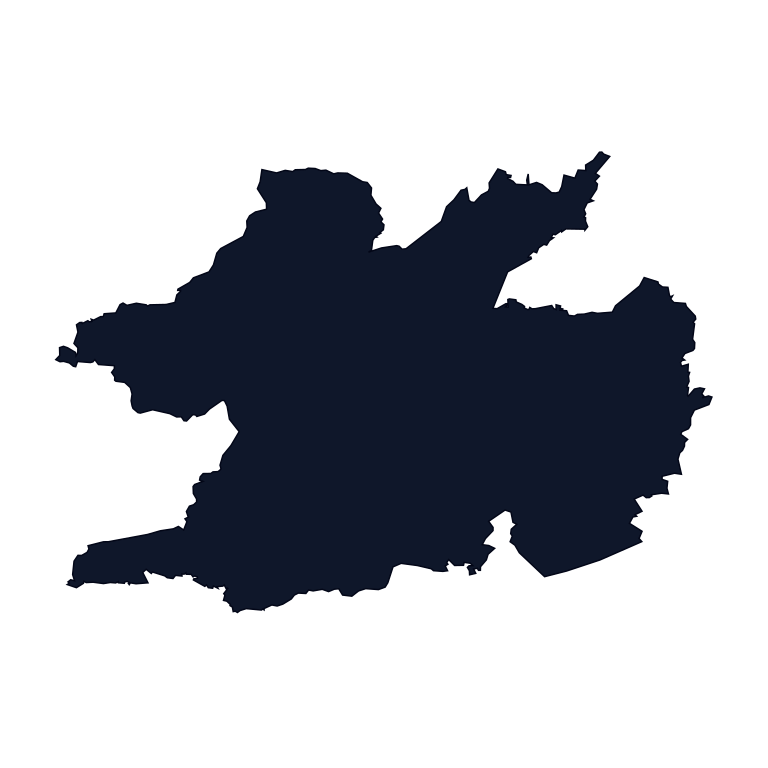 outline of Concepción de Buenos Aires, Jalisco, Mexico, rotated 87°
{"feature_id": "50627088B63447135743237", "entity_name": "Concepción de Buenos Aires", "entity_type": "district", "adm_level": 2, "iso_a3": "MEX", "parent_name": "Mexico", "parent_adm1": "Jalisco", "projection": "equal_earth", "projection_center": [-103.238, 19.979], "detail": "fine", "context": "isolated", "style": "filled", "palette": "ink", "viewbox_px": 768, "rotation_deg": 87, "n_neighbors": 0, "source": "geoboundaries", "source_scale": "gbopen_adm2", "svg_char_len": 6116}
<svg xmlns="http://www.w3.org/2000/svg" viewBox="0 0 768 768"><g transform="rotate(87 384 384)"><path d="M165.2,441.5L164.5,448.4L165.7,451.2L165.4,461.4L167.1,464.0L165.5,471.5L167.6,480.2L163.5,494.7L175.6,497.1L182.4,500.2L196.8,492.0L203.3,492.1L205.5,503.4L209.0,509.4L214.0,512.5L220.5,512.5L229.3,516.8L240.2,540.0L244.6,544.1L256.2,548.1L262.9,552.9L268.0,568.8L272.4,572.7L278.5,584.8L279.7,585.1L279.9,582.2L280.8,582.3L284.2,586.2L291.6,588.5L293.2,597.4L292.7,613.6L293.8,616.1L292.5,617.3L290.4,627.1L292.0,636.6L289.5,640.4L290.9,643.4L299.0,648.1L299.2,659.8L302.0,660.8L301.9,663.5L305.0,670.6L304.0,673.0L306.2,672.4L306.5,675.1L305.3,676.4L307.8,682.1L306.7,682.4L306.7,684.7L308.8,688.0L316.2,686.9L327.3,691.5L331.8,687.8L337.0,688.2L339.8,690.1L336.4,690.4L331.3,698.0L329.6,702.1L330.7,706.1L338.5,706.3L342.5,710.5L344.8,706.4L344.6,702.8L346.5,697.1L350.0,693.3L350.6,691.0L345.5,688.9L347.2,676.1L346.7,673.6L344.5,671.5L349.6,668.1L351.6,652.3L354.7,652.5L358.2,655.4L362.8,652.5L366.1,652.8L367.2,651.6L368.8,642.9L374.3,637.5L380.8,636.1L387.5,637.4L392.7,636.7L395.3,635.9L399.7,631.2L400.3,628.9L397.6,616.4L402.4,599.4L406.0,592.9L406.2,588.1L410.2,585.7L410.6,583.1L404.6,576.6L405.0,573.8L406.6,572.6L404.6,564.7L399.9,559.6L391.9,546.7L392.2,544.2L397.9,541.8L411.1,540.2L424.0,531.1L437.5,540.1L446.8,548.6L456.5,552.0L460.1,551.2L461.3,552.2L462.8,554.3L462.8,559.4L464.3,561.6L464.0,569.3L467.1,572.4L470.3,573.2L471.7,569.9L474.5,578.4L476.4,580.0L483.4,580.1L489.0,577.2L492.0,577.3L494.6,580.4L495.8,584.7L501.0,588.0L506.1,586.6L506.2,585.3L508.2,589.8L511.1,588.0L519.3,591.7L515.5,596.8L517.6,601.9L518.9,615.1L521.9,628.0L527.1,667.5L526.9,672.4L530.0,688.0L533.3,687.3L536.6,689.3L539.4,694.9L539.1,698.6L544.7,702.8L558.0,704.9L564.3,703.3L563.1,707.1L565.1,709.9L566.4,708.6L567.7,710.8L571.3,701.8L567.3,694.6L565.3,694.0L566.7,691.8L566.7,684.9L568.6,674.6L567.9,667.7L568.6,662.4L567.5,659.8L568.6,659.7L569.4,653.7L568.2,653.4L567.6,650.9L569.1,648.1L569.7,649.7L571.0,648.9L569.3,647.7L570.5,642.1L570.2,630.1L559.6,634.8L556.6,631.2L561.0,626.3L559.6,625.1L564.1,613.0L566.1,610.6L567.2,604.9L564.2,602.2L565.2,595.8L563.2,595.8L563.4,593.5L562.1,591.7L563.6,591.5L564.0,586.5L566.6,584.8L565.8,583.1L566.7,580.5L568.2,580.4L568.7,584.3L569.7,584.6L576.7,573.5L575.3,571.8L578.2,570.1L579.0,565.8L576.8,565.0L579.3,560.5L577.6,561.3L577.4,555.5L576.3,554.1L580.2,552.3L579.4,550.2L585.0,555.0L586.5,553.9L591.7,555.6L592.6,552.4L596.0,549.1L597.2,549.4L598.8,547.1L603.4,546.5L603.1,544.4L604.5,542.3L602.7,539.6L601.1,533.3L603.3,518.2L602.3,516.7L603.3,515.6L601.9,515.4L598.8,507.6L600.1,502.3L598.5,496.5L593.8,487.8L590.1,484.6L588.3,480.5L589.1,473.0L585.8,470.1L586.9,465.6L585.8,456.4L588.4,450.2L586.3,444.3L586.1,439.9L592.6,436.4L594.2,427.2L589.3,420.2L587.4,413.0L589.0,400.3L586.9,393.5L582.7,390.6L567.1,384.6L564.0,376.3L567.0,360.2L571.0,346.4L573.0,344.4L574.2,335.0L573.8,330.3L568.9,332.4L567.3,329.6L565.8,330.8L562.7,328.6L568.9,323.0L569.2,314.1L566.3,313.3L567.5,307.2L570.0,304.8L570.0,308.6L571.5,310.3L575.0,308.5L579.0,308.5L577.9,302.3L573.4,304.2L573.0,300.4L575.0,299.4L575.1,297.5L571.5,297.2L565.0,291.0L559.5,289.0L553.9,282.1L550.8,287.8L549.6,294.3L543.7,290.8L536.1,282.8L532.9,282.6L526.6,286.7L516.2,269.7L518.5,263.9L528.9,262.4L531.0,258.7L535.7,264.5L540.1,265.3L542.5,263.8L548.1,266.3L551.8,261.7L559.6,257.7L584.8,233.7L580.3,211.4L571.0,177.5L554.9,134.8L551.6,137.4L544.6,134.0L536.0,146.2L529.8,142.4L529.3,138.6L527.6,140.2L524.6,133.0L512.0,140.2L508.5,131.1L511.2,128.1L511.3,125.0L509.8,122.4L508.6,122.9L507.6,112.5L508.7,105.7L502.9,106.9L496.0,105.8L493.8,111.3L490.7,111.1L488.3,98.6L489.7,91.7L474.4,94.4L468.2,92.2L465.9,89.4L461.8,87.2L458.1,86.9L455.2,83.7L449.8,90.3L447.2,89.0L444.6,82.3L440.9,80.0L433.7,79.6L426.3,75.4L421.5,60.6L414.2,57.2L412.9,60.6L414.5,66.9L413.0,65.1L410.5,67.2L405.6,64.2L404.4,68.7L405.3,74.3L412.2,80.9L411.4,81.5L403.4,80.1L402.8,81.9L397.3,79.2L392.1,79.6L388.4,78.2L388.0,79.9L380.2,79.1L381.8,86.0L377.9,86.8L376.1,85.1L375.8,82.5L373.6,85.1L369.3,81.9L366.6,73.7L364.8,72.1L358.9,71.5L355.5,73.5L340.1,70.7L338.6,72.2L335.5,69.3L332.5,69.6L322.4,78.0L319.3,78.8L317.8,90.3L314.2,93.3L311.1,91.3L311.9,93.3L310.5,94.3L302.3,95.4L301.7,100.8L298.6,104.7L296.4,105.1L291.3,118.6L299.5,123.6L318.0,148.7L324.2,152.2L324.6,167.1L323.3,172.5L324.7,180.4L324.6,187.1L326.1,190.3L325.1,196.2L320.4,197.8L319.4,205.3L319.4,201.7L318.4,201.5L317.6,204.2L315.3,203.6L313.9,208.0L318.7,208.2L317.6,210.6L314.4,212.4L316.7,228.8L316.7,232.2L315.2,234.4L317.2,235.3L317.1,236.9L315.3,240.1L313.9,239.6L311.7,242.2L309.0,247.6L306.8,247.9L305.6,254.4L306.1,255.9L313.6,255.9L313.3,258.7L311.5,256.9L310.2,256.7L310.2,258.1L314.7,267.1L314.2,271.3L278.5,254.7L266.6,230.3L264.9,230.7L265.0,233.4L263.3,232.6L259.5,227.9L260.9,224.7L256.1,222.4L252.9,217.1L253.8,214.3L249.5,211.3L246.9,207.2L246.6,209.4L243.2,207.4L243.9,205.1L240.0,198.8L241.4,198.6L238.6,194.2L239.9,175.3L240.9,175.3L237.6,172.3L231.9,174.3L228.5,174.0L227.7,175.6L224.6,173.7L220.3,175.2L213.8,171.6L212.0,165.4L210.3,168.6L200.6,161.5L195.5,160.4L192.4,162.9L187.7,158.0L184.7,161.9L168.6,146.7L165.9,152.6L163.8,154.3L163.8,156.7L171.5,163.2L175.9,171.2L181.4,171.3L180.5,178.9L188.4,182.6L184.8,193.3L196.2,196.2L201.5,199.0L202.2,202.3L201.8,206.6L193.3,215.6L190.7,221.1L192.7,228.8L181.8,229.0L187.9,230.8L192.7,230.4L191.5,241.9L188.3,244.6L185.3,249.9L184.1,249.7L184.4,246.8L182.4,246.2L181.3,251.0L178.4,251.6L175.2,259.0L188.7,268.5L194.1,268.4L197.0,269.8L200.3,276.8L207.5,284.2L206.8,287.5L205.0,289.5L192.4,291.1L193.9,293.0L194.5,296.9L203.8,304.6L210.2,312.2L224.7,318.3L250.1,354.9L250.3,358.9L247.2,361.7L246.5,364.1L248.0,379.4L251.6,392.8L249.8,389.5L240.0,387.7L237.2,385.7L236.9,383.3L236.0,384.3L233.2,379.2L232.4,380.1L230.0,376.6L225.0,375.7L221.9,378.6L219.2,376.8L213.0,380.5L208.4,377.9L203.8,382.5L194.8,387.2L187.6,386.2L181.9,390.2L180.9,394.8L171.6,409.6L170.8,419.2L171.5,423.2L167.4,430.8L167.6,435.9L165.2,441.5Z" fill="#0f172a" stroke="#020617" stroke-width="1.5"/></g></svg>